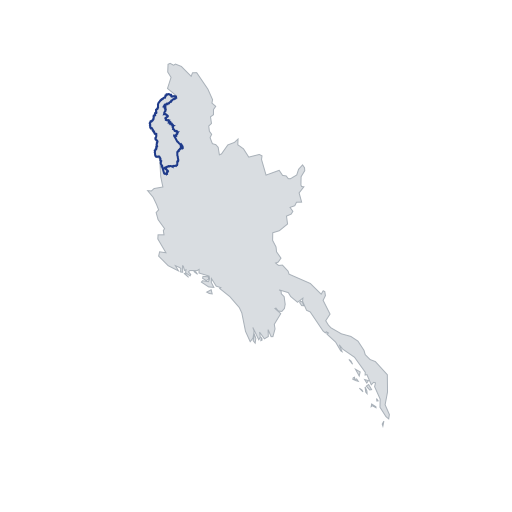 Hkamti, Sagaing, Myanmar shown in context, rotated 331°
{"feature_id": "60261553B91156237471736", "entity_name": "Hkamti", "entity_type": "district", "adm_level": 2, "iso_a3": "MMR", "parent_name": "Myanmar", "parent_adm1": "Sagaing", "projection": "natural_earth1", "projection_center": [95.699, 25.834], "detail": "fine", "context": "in_parent", "style": "outline", "palette": "blue", "viewbox_px": 512, "rotation_deg": 331, "n_neighbors": 0, "source": "geoboundaries", "source_scale": "gbopen_adm2", "svg_char_len": 9272}
<svg xmlns="http://www.w3.org/2000/svg" viewBox="0 0 512 512"><g transform="rotate(331 256 256)"><path d="M322.0,231.0L317.5,228.6L314.3,230.8L309.3,230.0L309.9,234.8L307.1,236.4L302.0,235.9L299.1,243.3L288.7,245.2L281.9,243.8L278.1,250.4L277.9,257.8L276.0,262.3L276.8,270.0L272.4,272.1L269.7,271.6L271.2,275.2L274.7,276.8L276.7,284.8L276.1,287.9L290.2,306.4L294.5,321.0L297.9,319.0L298.9,320.5L297.5,324.3L293.2,327.3L292.6,342.7L285.6,346.4L285.8,351.5L286.7,355.1L292.9,365.4L300.0,372.4L303.9,379.9L304.7,390.8L303.7,395.3L305.6,401.9L309.2,406.2L313.3,423.5L305.1,438.7L296.8,448.7L295.8,459.3L293.1,462.8L291.8,459.5L291.1,448.4L295.2,441.4L296.4,427.8L299.0,424.9L297.6,423.5L294.4,424.5L295.5,413.5L293.7,413.0L295.2,410.7L293.1,392.4L286.7,379.5L285.8,374.0L284.9,381.4L284.1,380.0L283.9,369.9L280.2,358.8L280.6,357.8L282.3,358.8L280.7,356.3L279.4,356.9L278.3,354.2L276.3,331.2L273.9,328.0L274.8,318.1L276.6,315.6L269.9,316.6L266.7,308.3L266.5,303.7L259.8,296.8L260.9,299.0L259.8,301.3L260.9,305.2L258.1,312.4L255.4,315.7L251.7,317.0L248.9,315.0L248.2,311.2L247.1,311.1L249.7,318.4L238.9,324.6L237.3,329.0L231.7,334.7L230.1,333.9L230.9,326.2L227.7,332.4L223.2,332.5L222.2,324.3L220.4,329.1L217.8,330.6L218.6,316.9L217.9,320.8L213.6,326.3L209.4,328.1L210.3,316.8L216.0,298.9L216.4,293.0L213.4,278.8L208.5,266.8L209.9,266.6L206.6,263.1L206.1,254.2L204.1,257.4L203.9,263.0L199.6,260.1L195.6,252.4L197.2,251.7L201.9,255.4L204.5,253.3L205.2,250.8L197.9,243.2L199.7,240.1L197.3,240.2L191.0,236.6L189.2,237.2L190.0,240.5L188.7,241.4L186.3,236.5L188.1,234.1L186.5,234.0L187.5,229.6L187.0,229.0L184.0,234.7L182.3,233.4L184.2,230.5L183.4,228.8L180.8,225.4L181.0,231.5L174.5,221.9L170.8,208.9L173.7,205.6L178.8,209.5L178.4,193.5L180.6,190.0L185.8,192.9L187.3,188.8L189.3,187.8L188.0,176.7L189.7,169.6L193.2,168.4L194.0,162.7L194.5,154.9L192.9,146.3L196.0,148.4L199.6,147.6L208.0,150.5L211.1,140.5L219.0,124.0L216.1,120.2L216.6,117.9L223.5,109.3L227.0,101.6L225.5,94.6L227.0,89.0L233.3,85.4L246.9,73.9L257.0,72.4L261.2,76.8L264.0,77.2L259.8,66.6L268.3,58.6L268.0,52.3L272.0,45.7L274.3,45.9L276.4,49.2L278.6,49.1L282.6,54.0L286.4,67.4L289.3,65.0L293.0,66.9L294.8,86.7L293.8,98.2L291.6,100.9L293.3,105.6L289.8,107.3L287.3,111.8L283.7,112.2L281.3,118.5L277.7,119.4L275.7,124.3L276.2,128.1L273.2,130.2L272.3,136.6L274.8,139.1L275.6,142.6L273.0,149.8L275.3,150.0L285.2,145.2L292.2,146.2L297.0,145.0L294.0,149.9L297.0,156.2L297.6,166.0L308.1,168.8L309.8,171.3L307.6,174.3L304.0,190.1L317.8,192.3L318.3,198.4L321.2,200.6L321.7,204.0L323.5,205.1L330.9,204.9L335.3,200.8L340.9,198.9L341.2,202.4L340.0,205.0L333.9,208.5L329.7,215.7L329.5,217.3L331.4,218.7L324.3,221.7L322.0,231.0ZM199.8,248.1L204.2,251.1L203.4,253.2L200.6,253.4L198.5,249.6L199.8,248.1ZM288.1,403.3L290.9,407.9L288.1,411.0L288.1,403.3ZM199.3,267.9L197.0,266.2L195.4,263.7L200.4,263.8L199.3,267.9ZM292.2,423.0L292.3,428.9L290.5,428.3L289.4,423.3L292.2,423.0ZM215.9,328.0L213.0,331.8L212.5,328.6L216.6,323.8L215.9,328.0ZM273.7,322.7L271.9,321.5L271.6,318.0L273.0,317.0L274.2,318.7L273.7,322.7ZM286.4,430.3L286.0,428.3L287.9,423.4L287.6,427.7L286.4,430.3ZM285.4,441.5L287.8,446.0L287.4,446.9L285.2,443.4L283.7,443.6L285.4,441.5ZM293.9,419.5L291.3,420.8L291.1,416.7L293.9,419.5ZM287.8,462.4L284.5,466.3L284.9,464.2L287.8,462.4ZM185.5,237.1L186.7,242.0L184.6,236.2L185.5,237.1ZM288.1,393.8L288.0,397.5L287.1,391.5L288.1,393.8ZM195.6,240.6L196.0,243.7L194.1,239.3L195.6,240.6ZM284.7,415.2L282.8,413.3L283.5,412.0L284.4,412.3L284.7,415.2ZM283.4,409.8L282.1,412.3L280.9,410.8L281.9,409.7L283.4,409.8ZM283.7,424.6L283.7,426.7L282.3,421.7L283.7,424.6ZM220.5,332.5L219.2,332.4L221.0,329.9L221.2,330.9L220.5,332.5ZM292.6,441.9L291.4,441.5L292.3,439.1L292.6,441.9Z" fill="#d9dde1" stroke="#a8b0b8" stroke-width="1"/><path d="M246.4,99.8L246.2,99.6L246.4,99.2L245.6,98.6L245.6,98.3L245.9,98.2L245.9,97.8L245.7,97.6L245.7,97.3L245.3,97.5L245.4,97.3L245.1,97.2L245.3,97.1L245.1,97.0L244.9,96.8L244.9,97.1L244.8,96.7L244.7,96.5L245.0,96.3L245.1,96.1L245.3,96.1L245.0,96.1L245.3,95.4L245.2,95.2L245.4,95.1L245.1,94.9L245.0,95.0L244.9,94.9L245.0,94.6L244.7,94.5L244.4,94.4L244.4,94.5L244.2,94.4L244.2,94.6L244.1,94.2L243.9,94.1L243.9,93.8L243.6,93.6L243.4,93.6L243.2,93.4L243.4,93.2L243.4,92.9L243.6,92.9L243.7,92.6L243.4,92.0L243.5,91.5L244.1,91.3L245.0,91.4L245.4,91.2L246.0,91.3L246.5,91.2L246.8,90.6L246.7,90.3L246.4,90.1L246.4,89.8L246.3,89.3L245.9,89.0L245.8,88.5L245.8,88.1L244.9,87.7L245.2,87.3L245.1,87.0L244.7,87.0L245.2,86.5L245.3,86.1L246.3,85.5L246.9,85.4L247.3,84.6L247.6,84.6L248.0,84.4L248.0,83.8L247.7,82.8L247.9,82.4L248.4,82.7L248.6,82.7L248.7,82.1L248.6,81.9L248.8,81.5L249.2,81.4L249.3,81.2L249.0,80.8L248.7,81.0L248.1,81.0L248.0,80.8L247.9,80.9L247.6,80.6L248.0,80.3L249.0,80.1L249.5,79.4L249.9,79.4L250.5,79.7L250.9,79.7L251.0,79.9L251.3,80.2L251.8,80.2L252.0,79.8L252.4,80.2L252.7,79.9L253.0,80.0L253.2,79.9L254.0,80.3L254.3,79.9L255.5,79.7L256.4,80.0L256.8,79.8L257.2,79.0L257.7,79.0L258.1,79.2L259.3,78.8L260.1,78.8L260.4,79.1L261.0,78.8L261.2,79.1L261.8,79.3L262.2,79.0L262.8,79.0L262.8,78.8L263.0,78.6L263.3,77.8L262.7,77.0L262.0,76.7L261.8,76.4L260.1,76.0L259.4,75.6L259.4,75.1L259.9,74.7L259.9,74.0L259.6,74.0L259.2,73.7L259.2,73.3L258.8,72.9L258.3,72.1L257.7,71.8L257.0,71.7L256.5,71.4L256.4,71.8L254.8,71.6L254.7,71.6L254.4,72.0L254.5,72.3L253.7,72.7L253.5,72.9L253.5,73.1L253.1,73.4L252.8,73.1L251.9,72.9L251.3,73.0L251.0,73.3L250.4,73.5L249.9,73.2L249.7,73.4L249.1,73.2L248.5,73.4L248.4,73.7L247.6,73.6L247.3,73.9L247.0,74.0L246.8,74.2L246.2,74.3L245.0,74.8L243.7,75.9L243.4,76.7L242.5,78.1L242.3,78.7L241.5,79.0L241.4,79.3L241.1,79.3L241.0,79.6L240.2,79.7L239.6,79.6L239.5,79.9L238.8,80.7L238.7,80.9L238.8,81.1L238.6,81.6L238.6,82.0L238.1,82.6L237.8,82.5L237.1,82.1L236.6,82.7L236.4,82.8L236.3,83.4L236.0,84.1L235.2,84.0L235.0,83.7L234.7,83.6L234.3,84.2L234.1,84.2L233.6,85.6L233.2,85.7L232.8,86.2L232.7,86.6L232.2,86.8L232.0,87.0L231.6,87.0L231.3,87.3L230.9,87.2L230.2,87.7L229.4,87.7L229.3,87.1L229.0,87.1L228.6,87.7L228.3,87.9L228.0,87.9L227.7,88.1L227.7,88.3L227.3,88.6L227.4,89.3L227.1,89.9L226.9,89.9L226.6,90.2L226.7,90.7L226.0,91.7L225.8,92.3L225.8,92.5L226.1,92.3L226.5,93.0L226.4,93.4L227.0,93.9L226.9,95.1L227.0,95.8L226.8,96.3L226.9,96.8L226.7,97.2L227.2,97.7L226.9,98.1L226.9,98.4L226.8,98.9L226.9,99.5L226.7,100.0L226.8,100.2L227.3,100.5L227.6,100.4L228.0,100.8L227.7,101.3L227.5,101.9L226.7,103.1L226.2,103.6L225.5,103.9L225.4,104.1L225.1,104.1L224.8,104.8L224.9,105.2L224.7,105.3L224.7,105.6L225.1,106.2L225.2,106.7L225.5,107.1L225.4,108.0L225.2,108.4L224.4,108.7L224.3,109.2L223.3,110.0L222.9,111.3L222.3,111.7L222.6,112.2L222.3,112.4L221.9,112.3L221.6,112.5L221.3,112.9L221.3,113.3L220.8,114.0L220.3,114.3L219.9,114.0L219.7,114.2L219.3,114.5L218.6,114.6L218.3,115.7L217.7,116.2L217.6,117.0L217.1,118.0L216.7,119.1L216.7,119.9L216.6,120.3L216.8,120.8L217.1,121.0L217.4,120.9L217.8,121.3L218.2,121.5L218.5,121.7L218.8,121.6L219.0,121.9L219.6,122.1L219.7,123.3L219.6,123.6L219.7,124.4L219.4,125.0L219.0,125.4L218.8,125.8L218.8,126.0L219.0,126.3L219.1,126.7L218.9,126.7L218.5,127.7L217.9,128.2L217.6,128.8L217.4,129.8L217.5,130.6L217.2,131.3L217.6,131.2L217.7,131.4L217.6,131.9L217.0,133.4L215.7,139.2L215.8,139.5L216.2,139.6L216.2,140.0L216.9,140.3L217.2,140.9L217.4,140.7L217.6,141.0L217.9,141.1L218.1,140.4L218.5,140.2L218.9,139.3L219.1,139.2L219.2,139.5L219.6,139.6L220.2,139.2L220.2,138.7L219.7,138.3L219.8,137.4L218.5,135.1L218.6,134.7L218.9,134.5L219.2,134.6L219.2,135.3L219.9,135.1L220.1,135.1L220.2,135.5L220.5,135.2L220.7,134.7L221.6,134.8L222.2,135.2L222.6,135.2L222.9,134.9L223.0,134.9L223.4,135.1L223.8,135.7L224.2,135.6L225.0,135.9L225.9,137.0L225.9,136.9L226.1,137.0L226.3,136.9L226.8,137.1L227.1,137.1L227.6,137.2L228.1,137.7L229.4,137.9L229.7,138.5L230.5,138.3L231.0,138.3L231.5,137.8L232.6,135.8L232.8,135.7L232.8,135.4L233.1,135.2L233.5,134.9L233.9,135.3L234.2,135.0L234.4,134.4L234.6,134.3L234.8,133.8L235.2,132.3L235.8,131.1L235.9,130.0L237.5,127.0L237.8,126.8L238.3,126.9L238.6,126.7L239.1,126.8L239.2,126.2L239.7,126.1L239.9,125.9L240.2,126.0L241.1,125.9L241.4,125.7L241.3,125.4L241.6,125.2L242.6,125.2L242.8,125.0L243.0,125.0L243.5,124.7L243.3,124.4L243.3,124.2L243.4,123.5L243.6,123.0L243.7,123.3L243.8,123.2L243.8,123.3L244.1,123.5L244.3,123.8L244.1,124.1L244.1,124.7L243.9,124.8L243.8,124.7L243.6,125.0L243.5,126.2L243.8,126.3L244.2,126.2L244.5,125.3L244.7,125.2L244.6,124.9L244.9,124.0L244.8,123.8L244.8,123.3L244.8,123.1L244.4,123.1L244.5,122.4L244.3,122.5L244.4,122.1L244.2,122.1L244.2,121.6L243.8,121.3L243.7,120.8L243.3,120.2L243.2,119.4L243.2,118.9L243.1,118.6L242.9,118.5L242.8,118.0L242.6,117.7L242.7,113.8L242.6,111.3L242.8,110.9L244.3,111.9L244.3,112.0L244.5,112.2L245.1,111.1L245.6,111.2L246.0,110.9L246.3,111.0L246.5,110.7L246.8,110.6L247.2,110.1L247.4,110.0L247.1,109.9L247.0,109.6L247.3,109.5L247.4,109.1L247.3,108.9L247.4,108.7L247.1,108.4L247.1,108.1L246.7,108.0L246.2,107.9L246.0,107.5L245.6,107.3L245.5,106.9L245.7,106.5L245.7,106.0L245.5,105.7L245.4,105.2L245.0,104.8L245.5,104.3L245.6,103.4L245.5,103.0L245.7,102.4L245.9,102.3L246.3,102.4L246.5,102.0L246.8,102.0L246.6,101.8L246.8,101.1L246.5,101.0L246.4,100.8L246.5,100.7L246.2,100.3L246.4,100.3L246.3,100.1L246.2,100.1L246.4,99.8Z" fill="none" stroke="#1e3a8a" stroke-width="2"/></g></svg>